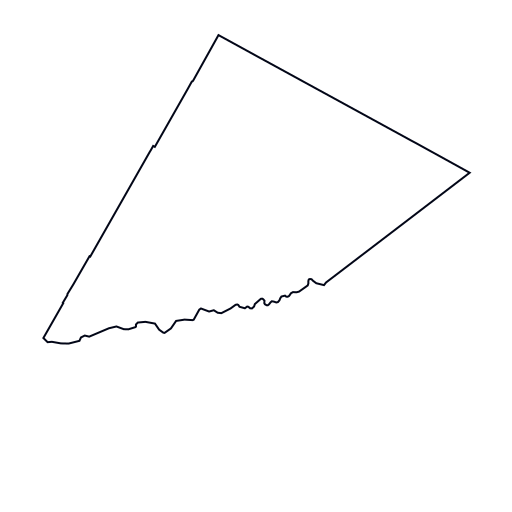 Garrett, Maryland, United States of America, rotated 29°
{"feature_id": "52423323B87744490422478", "entity_name": "Garrett", "entity_type": "district", "adm_level": 2, "iso_a3": "USA", "parent_name": "United States of America", "parent_adm1": "Maryland", "projection": "orthographic", "projection_center": [-79.245, 39.463], "detail": "fine", "context": "isolated", "style": "outline", "palette": "ink", "viewbox_px": 512, "rotation_deg": 29, "n_neighbors": 0, "source": "geoboundaries", "source_scale": "gbopen_adm2", "svg_char_len": 1466}
<svg xmlns="http://www.w3.org/2000/svg" viewBox="0 0 512 512"><g transform="rotate(29 256 256)"><path d="M402.5,79.6L401.0,79.6L341.3,79.7L335.6,79.8L160.1,80.8L116.1,81.0L116.0,133.2L115.8,134.0L115.3,134.5L115.3,143.0L114.6,209.6L112.7,209.6L112.7,214.4L112.6,216.6L111.3,336.9L110.5,336.9L110.0,369.4L109.5,380.6L110.0,381.8L109.7,390.6L110.3,390.8L109.8,430.8L115.5,432.4L119.1,430.0L127.8,427.0L134.6,423.4L142.7,415.8L142.4,412.1L144.8,408.6L149.2,407.4L162.4,390.5L168.1,385.3L175.9,384.1L179.9,382.0L185.1,376.6L185.2,375.8L184.2,374.1L184.9,371.5L191.2,367.2L200.4,364.1L207.0,367.4L212.0,368.0L213.3,367.6L216.7,360.6L217.6,351.5L222.8,347.5L224.3,346.3L231.7,342.8L232.4,341.9L232.4,330.4L233.3,328.6L241.9,327.3L245.4,323.9L250.0,324.2L253.4,322.8L259.2,314.2L261.8,308.6L263.1,307.5L264.2,307.4L266.2,308.4L271.6,307.1L272.8,304.5L274.0,304.1L276.2,304.6L277.9,303.8L278.8,301.1L278.3,298.6L281.0,291.1L282.1,290.3L283.2,290.3L285.1,291.0L286.1,293.2L287.2,293.9L288.3,293.9L289.3,293.9L290.2,293.4L290.8,292.0L291.2,289.5L291.8,287.9L293.9,287.2L296.3,286.8L297.5,285.7L298.0,283.4L297.7,281.1L297.9,279.1L300.6,276.6L301.9,276.9L303.0,276.6L303.8,275.8L304.3,274.9L304.5,273.3L304.6,271.7L305.8,269.7L309.0,268.1L310.9,266.3L315.5,256.7L315.1,254.6L314.0,252.7L313.6,251.4L313.7,250.6L314.1,250.2L314.9,249.7L315.9,249.4L317.7,250.0L321.9,250.6L329.6,248.5L330.1,245.2L366.0,163.2L402.5,79.6Z" fill="none" stroke="#020617" stroke-width="2"/></g></svg>